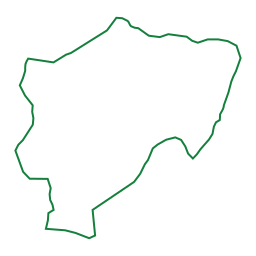 map outline of Kayseri (Natural Earth projection)
{"feature_id": "TUR-2287", "entity_name": "Kayseri", "entity_type": "Province", "adm_level": 1, "iso_a3": "TUR", "parent_name": "Turkey", "parent_adm1": "", "projection": "natural_earth1", "projection_center": [35.883, 38.542], "detail": "fine", "context": "isolated", "style": "outline", "palette": "green", "viewbox_px": 256, "rotation_deg": 0, "n_neighbors": 0, "source": "natural_earth", "source_scale": "10m", "svg_char_len": 1041}
<svg xmlns="http://www.w3.org/2000/svg" viewBox="0 0 256 256"><path d="M45.9,228.8L47.9,220.3L48.4,213.1L53.6,209.9L52.5,204.8L50.2,200.0L49.6,194.1L50.7,188.2L47.7,178.9L29.7,178.7L23.1,171.8L15.4,150.6L18.3,144.8L22.9,140.1L32.8,124.7L33.4,118.2L32.2,111.8L32.7,105.3L25.0,95.5L19.8,85.4L22.9,78.3L25.2,70.8L25.2,67.4L25.5,64.0L26.7,61.1L28.2,58.6L53.5,62.4L66.0,54.7L70.9,53.0L107.0,30.4L116.4,17.8L122.2,18.2L127.6,20.9L128.6,22.1L130.1,25.1L131.0,26.2L134.6,27.7L138.3,28.2L148.8,35.7L159.8,37.1L168.3,34.2L186.7,36.7L192.2,40.8L197.8,42.7L207.7,39.4L218.1,39.4L227.7,41.1L236.5,45.7L240.6,58.1L235.9,71.3L233.4,76.3L231.3,81.6L228.4,92.6L223.9,105.2L223.5,107.6L222.7,109.6L220.1,114.3L219.8,120.0L216.0,122.3L213.9,126.6L212.5,133.9L209.0,139.5L200.5,149.2L196.9,154.3L192.9,158.5L188.1,153.6L185.3,146.4L181.1,139.9L175.3,137.4L166.2,139.7L157.7,144.5L152.8,148.4L148.0,160.0L144.9,164.2L140.2,173.8L134.1,181.9L92.6,209.9L95.1,235.5L89.2,238.2L75.4,232.9L65.2,230.3L45.9,228.8Z" fill="none" stroke="#15803d" stroke-width="2"/></svg>